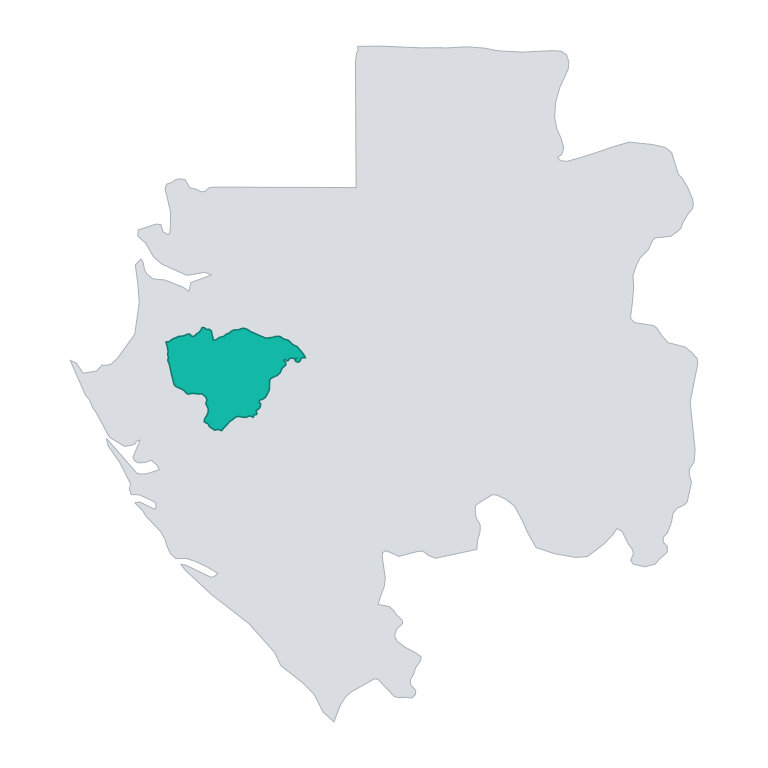 Ogoouè et Lacs, Moyen-Ogooué, Gabon (highlighted)
{"feature_id": "22940354B45576072672451", "entity_name": "Ogoouè et Lacs", "entity_type": "district", "adm_level": 2, "iso_a3": "GAB", "parent_name": "Gabon", "parent_adm1": "Moyen-Ogooué", "projection": "mercator", "projection_center": [10.178, -0.763], "detail": "fine", "context": "in_parent", "style": "filled", "palette": "teal", "viewbox_px": 768, "rotation_deg": 0, "n_neighbors": 0, "source": "geoboundaries", "source_scale": "gbopen_adm2", "svg_char_len": 6873}
<svg xmlns="http://www.w3.org/2000/svg" viewBox="0 0 768 768"><path d="M568.8,61.4L568.3,69.0L559.7,87.6L555.7,101.9L554.6,117.2L557.0,129.5L561.1,138.2L563.8,147.7L561.8,154.4L557.6,157.2L560.4,160.6L566.7,161.4L577.4,158.5L593.8,153.4L615.3,146.1L629.4,142.1L652.8,144.6L665.2,147.4L671.6,152.5L678.5,174.5L681.9,177.8L687.5,187.1L692.3,198.3L693.3,204.0L692.8,208.1L688.0,214.1L682.7,223.0L680.8,228.4L676.3,232.4L670.7,236.3L655.1,237.9L652.7,240.3L648.3,249.7L640.1,257.8L636.4,265.4L633.0,275.5L633.7,288.0L632.0,306.1L630.4,318.3L634.5,322.6L653.1,325.5L656.7,328.0L661.7,335.5L668.0,342.6L685.1,347.1L691.7,352.5L697.1,358.5L697.8,363.4L693.9,383.0L690.2,401.8L691.6,416.1L693.0,429.8L695.1,449.7L694.1,461.9L689.3,469.3L689.3,475.1L691.5,482.1L687.3,501.5L684.5,504.8L676.9,508.4L672.9,513.6L671.6,521.8L667.5,533.0L663.3,537.1L663.3,542.3L667.3,546.2L667.3,552.0L659.7,558.9L655.1,564.2L644.9,566.8L633.3,564.1L630.6,560.2L633.4,554.2L632.4,549.4L628.4,544.3L622.1,531.3L616.7,528.5L613.6,533.9L604.1,543.8L587.5,556.5L575.8,557.5L554.2,553.6L536.1,547.5L527.6,532.6L522.2,520.4L514.5,506.1L505.9,499.3L496.6,495.0L492.5,494.7L479.2,502.6L475.3,505.8L475.3,512.4L476.5,518.7L478.6,521.7L480.3,525.7L480.0,531.9L477.6,540.2L476.8,549.4L435.3,558.3L428.1,555.1L422.9,551.0L416.6,551.7L398.7,556.4L392.0,553.1L385.5,550.7L382.5,552.7L382.2,556.6L385.3,578.2L384.3,586.4L380.2,597.2L378.1,604.5L389.1,606.5L393.1,609.9L397.0,615.3L402.3,620.4L402.6,623.4L396.6,629.1L394.6,636.0L397.4,641.5L404.9,647.1L415.8,653.0L421.2,656.9L420.7,660.4L415.6,667.9L413.6,674.3L410.2,680.0L410.9,685.3L415.8,690.3L415.3,694.7L411.9,698.0L405.1,697.3L399.4,697.8L394.2,696.4L378.0,679.3L374.5,678.8L351.0,692.0L345.2,697.4L340.4,705.1L333.9,721.9L323.2,712.1L314.0,694.2L303.3,683.3L280.7,665.5L274.7,652.5L248.9,623.6L211.8,594.8L185.0,569.9L180.9,564.3L185.4,565.0L211.3,577.4L214.8,576.1L217.8,573.3L206.7,566.7L196.0,561.6L186.0,558.4L175.9,558.7L170.3,553.4L166.7,545.4L164.8,538.5L160.4,531.3L146.2,516.5L142.7,510.8L134.9,502.9L139.7,501.9L154.9,509.4L156.3,506.4L155.0,502.0L139.6,494.9L131.3,494.5L129.4,489.5L130.5,483.7L119.6,462.2L108.2,446.0L106.4,438.4L137.1,473.5L141.2,474.1L146.6,473.8L159.3,469.8L156.9,465.1L151.2,460.1L145.6,462.4L138.4,462.9L134.6,460.8L132.9,457.2L140.1,440.1L137.0,441.0L134.7,444.0L130.7,445.5L124.6,446.4L109.5,437.2L96.2,412.6L92.6,407.5L89.1,399.0L85.6,395.4L70.2,360.4L76.1,363.0L83.1,373.2L96.7,371.0L102.0,365.1L106.6,365.4L111.3,364.0L117.3,358.5L134.7,334.4L139.3,302.5L137.8,283.6L135.3,264.9L141.0,258.9L143.3,262.8L144.4,269.5L147.1,274.4L153.3,278.9L164.9,280.0L182.7,287.0L189.0,291.4L190.8,282.6L211.3,275.0L205.1,272.3L186.8,275.3L161.8,264.1L153.5,256.9L145.8,243.3L137.8,236.2L138.3,229.9L156.3,224.0L161.0,224.7L162.9,231.7L167.8,234.5L169.6,233.6L170.4,227.6L170.5,211.5L165.0,188.5L166.7,184.1L171.6,182.5L176.0,179.5L179.0,178.9L185.1,179.5L188.1,184.8L189.8,187.7L195.9,189.1L201.0,191.9L205.3,191.2L208.9,187.8L214.2,187.1L230.5,187.2L245.4,187.2L274.9,187.4L304.4,187.4L333.9,187.5L356.1,187.6L356.1,174.5L355.9,154.2L355.8,130.2L355.7,107.2L355.6,85.9L355.4,60.7L356.6,53.5L358.1,50.5L357.6,46.4L380.4,46.1L421.8,47.9L439.9,47.7L445.0,48.0L467.6,46.8L485.9,48.3L493.7,50.1L500.6,51.0L522.6,52.1L551.2,50.7L560.9,51.1L566.3,54.6L568.8,61.4Z" fill="#d9dde1" stroke="#a8b0b8" stroke-width="1"/><path d="M188.1,334.1L187.4,334.1L186.1,334.8L185.0,335.3L183.5,335.8L182.0,336.1L179.9,336.3L178.3,336.4L177.4,336.9L176.5,337.5L175.5,337.9L174.2,338.1L173.4,338.7L172.3,339.2L171.4,339.6L170.7,340.5L170.2,341.2L169.2,341.5L167.7,341.6L166.6,341.8L165.8,342.3L166.3,343.0L166.5,343.8L166.6,344.8L167.3,346.2L167.4,347.3L167.6,349.2L168.0,349.9L168.1,351.4L168.0,352.0L167.6,353.8L167.7,354.9L167.9,355.9L168.6,357.1L167.9,359.3L167.8,359.8L168.1,361.5L169.1,363.7L169.8,366.5L170.3,368.7L170.9,371.5L171.7,375.3L172.6,378.5L173.2,381.0L173.7,383.3L174.5,385.1L175.5,386.2L177.4,387.3L178.8,387.9L180.6,388.7L182.3,389.5L184.0,390.6L185.1,391.5L185.7,392.6L186.9,393.6L188.0,394.2L189.4,394.0L190.7,393.5L192.7,393.4L194.8,393.5L197.4,394.0L199.0,394.0L201.0,393.8L202.4,394.1L204.5,395.9L205.6,396.8L206.6,398.9L206.8,400.4L206.4,401.9L206.0,402.9L205.9,403.8L206.4,405.1L207.2,406.6L208.1,408.3L208.2,410.7L207.9,413.0L207.0,414.7L206.8,415.6L206.1,416.7L205.2,417.8L204.5,419.3L204.3,420.4L204.2,421.7L205.1,422.4L206.0,422.9L206.4,423.0L207.5,423.5L208.3,424.3L208.8,425.6L209.8,426.9L211.0,427.9L212.0,428.3L212.9,428.9L213.7,429.7L214.5,430.1L215.4,430.1L216.5,429.6L217.9,429.6L218.7,429.6L220.3,430.1L221.5,430.7L222.5,429.7L223.2,428.6L226.1,425.7L229.8,421.5L231.2,420.5L232.2,420.1L232.9,419.1L234.1,418.4L235.4,417.4L236.4,416.7L238.8,416.5L240.4,416.5L241.5,417.1L243.4,417.3L245.5,417.4L247.0,417.1L248.2,416.3L249.1,416.0L251.1,416.3L253.2,417.3L253.5,416.6L254.2,415.1L255.1,414.6L256.3,414.6L256.9,414.0L256.9,413.0L256.4,411.8L256.3,410.8L257.0,409.9L258.2,409.2L259.9,407.7L260.4,406.2L260.7,404.4L260.4,403.3L259.5,402.8L259.0,401.9L259.4,400.5L260.2,400.0L261.7,399.6L263.4,398.8L265.0,397.8L265.8,396.7L267.3,394.1L269.0,390.7L269.5,389.0L269.5,385.7L269.5,383.4L269.8,379.9L270.8,378.5L271.8,378.0L273.9,376.9L275.0,376.2L276.9,375.8L280.2,372.7L280.8,371.3L281.1,370.5L281.9,368.9L282.9,367.5L284.2,366.5L285.3,365.5L285.9,364.7L285.8,363.3L285.5,362.4L284.8,361.6L283.8,360.6L284.0,359.9L285.3,359.5L286.0,359.9L286.4,360.7L287.1,360.9L288.3,360.5L288.9,359.7L289.5,358.7L290.5,358.2L292.2,358.1L293.2,358.6L294.8,358.8L296.2,358.6L295.4,359.3L295.1,359.8L295.4,361.1L296.9,361.9L298.1,362.2L299.3,361.7L300.4,360.6L300.8,359.1L301.5,358.1L302.9,357.7L304.6,357.7L305.3,357.8L304.8,356.4L303.8,354.7L302.3,352.6L300.5,350.5L298.7,348.6L297.7,347.2L296.9,346.4L295.2,345.7L293.7,345.0L293.0,344.7L292.2,344.1L291.3,343.1L289.7,341.6L288.6,340.5L288.1,340.2L286.7,339.7L284.7,339.3L283.2,338.7L280.8,336.9L280.0,336.5L278.7,336.3L276.2,336.4L274.8,336.6L273.6,337.1L271.7,337.5L268.9,337.8L267.7,338.1L266.2,338.1L265.1,337.9L263.7,337.2L260.1,335.8L255.5,333.7L250.3,331.4L249.1,330.5L247.7,329.6L246.2,328.9L245.2,328.7L244.1,328.2L243.0,328.3L241.5,328.5L240.2,329.1L238.6,329.7L235.9,329.9L234.3,329.9L233.2,330.3L231.9,330.9L230.8,331.5L229.9,332.4L229.3,333.0L228.5,333.4L227.1,333.7L226.0,334.3L225.2,335.0L224.7,335.7L223.6,336.3L222.3,336.7L220.7,337.1L219.1,337.5L218.1,338.4L217.0,339.2L216.0,339.8L215.0,340.0L213.2,340.1L213.1,339.0L212.9,337.3L212.3,335.4L212.0,334.4L211.7,332.3L211.5,331.4L210.9,330.4L209.7,329.6L209.0,329.2L208.1,329.3L207.2,329.5L206.3,329.2L205.3,328.6L204.9,328.1L204.4,327.8L203.6,327.5L202.7,327.5L202.0,327.7L201.5,328.4L201.3,329.2L200.8,330.4L199.3,331.9L198.6,332.7L197.2,333.4L196.0,334.3L195.4,335.2L194.5,336.0L193.5,336.3L192.4,336.3L191.2,336.1L190.7,335.0L190.2,334.3L189.1,334.0L188.1,334.1Z" fill="#14b8a6" stroke="#0f766e" stroke-width="1.5"/></svg>